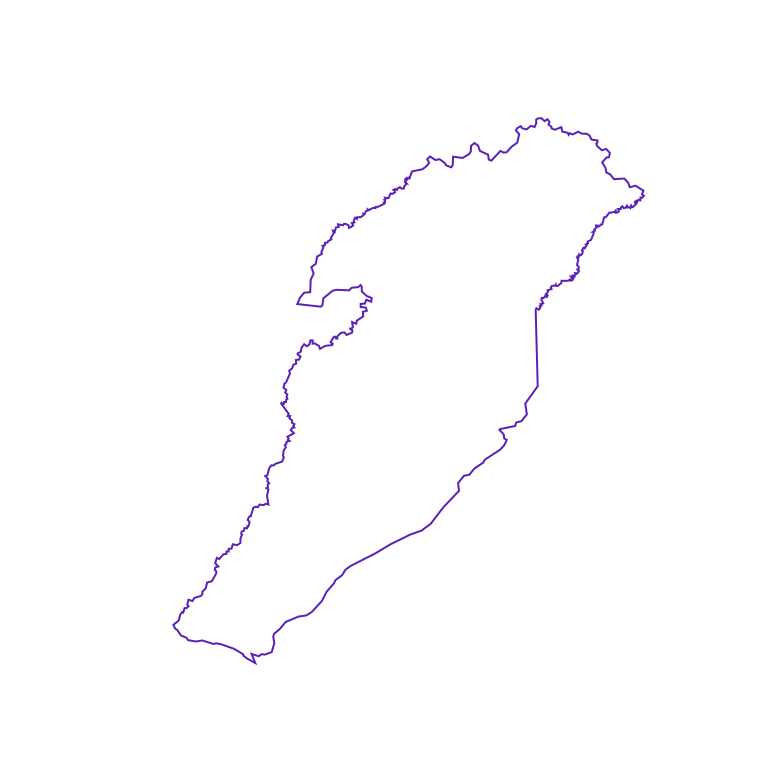 the district of Mporokoso, Northern, Zambia, rotated 127°
{"feature_id": "96606910B5671768599011", "entity_name": "Mporokoso", "entity_type": "district", "adm_level": 2, "iso_a3": "ZMB", "parent_name": "Zambia", "parent_adm1": "Northern", "projection": "orthographic", "projection_center": [29.924, -9.464], "detail": "fine", "context": "isolated", "style": "outline", "palette": "violet", "viewbox_px": 768, "rotation_deg": 127, "n_neighbors": 0, "source": "geoboundaries", "source_scale": "gbopen_adm2", "svg_char_len": 6098}
<svg xmlns="http://www.w3.org/2000/svg" viewBox="0 0 768 768"><g transform="rotate(127 384 384)"><path d="M73.5,293.2L74.3,302.5L78.9,306.1L76.3,310.1L75.3,315.7L82.0,323.6L80.4,329.9L81.3,333.7L78.2,337.1L75.7,343.1L69.0,342.6L67.5,340.8L63.5,342.7L62.6,348.1L66.2,350.6L65.7,356.8L64.4,359.0L62.4,358.9L61.0,360.1L63.9,365.5L62.0,369.1L62.0,372.4L65.0,376.7L65.6,380.7L71.1,383.5L71.9,386.5L73.9,386.5L72.8,388.6L75.1,393.4L72.2,397.0L78.1,400.5L79.0,403.9L77.8,405.2L77.8,408.8L75.1,409.6L74.2,412.8L77.4,413.9L77.0,418.3L79.3,420.9L81.2,421.6L84.3,419.3L88.1,418.4L89.4,422.0L94.8,423.4L96.6,427.4L95.8,430.0L99.4,431.6L102.1,431.3L103.1,426.4L111.1,422.8L117.6,424.9L125.1,425.5L127.2,427.8L127.8,431.3L141.1,432.7L141.7,435.4L138.2,438.9L140.1,447.6L137.0,452.3L137.1,456.7L141.3,457.8L146.0,454.7L148.9,454.3L156.1,457.2L160.9,465.6L168.0,460.8L170.5,460.7L172.0,466.3L171.0,467.8L171.0,474.9L174.2,477.7L174.6,484.2L178.5,484.8L180.1,481.1L183.8,481.1L189.2,482.4L197.4,489.6L204.5,487.4L204.6,488.8L206.8,488.7L206.2,490.0L208.1,490.2L208.7,488.8L209.7,489.0L210.2,486.7L210.6,487.5L211.1,486.5L214.4,486.8L215.8,485.8L217.4,487.4L217.2,489.7L220.2,491.1L221.1,490.5L221.9,492.7L223.3,493.3L223.1,491.8L224.5,490.5L227.4,492.0L227.9,493.4L232.8,492.3L234.4,494.9L234.6,493.9L236.6,494.7L237.2,493.1L238.5,492.4L239.2,493.3L240.0,492.3L246.4,495.6L247.6,497.3L248.6,496.7L250.2,498.9L254.2,500.7L254.3,502.0L255.0,501.2L256.6,502.4L259.8,501.8L260.5,503.1L261.4,502.0L264.4,502.8L267.3,506.0L268.4,505.0L268.8,507.2L272.0,506.2L272.8,504.9L274.8,506.5L275.8,504.1L278.7,504.9L280.4,506.0L278.6,507.9L279.2,511.0L280.2,512.3L281.7,512.1L284.2,516.8L285.7,514.7L287.9,516.6L291.1,515.3L292.1,516.9L292.6,515.3L293.0,516.0L293.7,514.9L299.4,514.4L300.1,513.0L303.7,514.6L305.0,514.2L306.7,516.1L308.5,514.7L310.6,516.3L311.3,514.6L316.3,513.4L317.5,511.9L322.4,514.1L329.1,510.8L334.3,512.4L338.1,506.7L344.8,505.3L355.1,498.2L359.1,502.7L365.5,503.1L372.3,501.3L360.3,481.0L358.2,480.6L352.0,484.0L340.3,481.1L337.2,478.4L330.2,468.2L326.5,467.7L322.2,462.9L319.1,462.3L319.4,460.7L323.5,457.3L324.1,450.7L322.7,445.6L326.0,443.7L327.3,448.8L331.3,447.7L334.1,450.8L336.6,448.9L333.9,444.5L335.8,441.8L339.0,444.3L342.5,441.3L349.7,443.8L352.6,442.5L353.7,446.7L357.3,443.1L359.4,443.2L360.5,445.1L360.2,441.5L362.1,440.4L367.4,443.4L366.6,446.7L369.1,449.2L374.6,450.0L375.7,448.6L376.5,449.6L375.7,451.8L377.0,452.4L382.8,451.8L382.7,449.2L384.1,448.8L388.9,453.9L394.4,456.3L392.7,459.0L393.3,463.8L394.8,465.3L392.1,467.2L393.4,469.0L397.4,467.4L400.3,468.3L400.3,471.7L405.0,471.6L408.3,469.9L411.7,471.3L412.5,470.6L412.2,467.2L415.5,466.5L417.9,468.8L420.6,466.4L423.2,468.0L426.8,466.8L430.5,467.7L432.0,465.5L441.4,463.2L443.6,463.7L447.5,462.0L447.6,458.5L450.2,457.8L450.5,454.9L453.0,454.0L453.9,452.2L455.4,452.7L457.4,451.4L458.5,453.0L460.1,452.0L461.1,452.7L460.7,454.5L461.5,454.4L465.2,442.1L467.6,441.6L466.1,439.6L468.2,439.1L468.5,435.3L470.3,434.2L470.0,431.4L472.0,431.2L472.7,429.5L474.1,430.9L476.9,430.7L477.5,426.3L484.3,429.4L484.9,427.4L486.4,427.2L486.3,425.2L489.0,427.0L490.7,425.9L492.5,426.4L493.6,424.3L497.3,424.2L502.2,421.4L502.9,419.8L507.3,418.7L513.3,422.8L515.1,422.9L516.8,425.0L520.0,425.1L527.0,422.3L528.9,423.5L529.7,419.6L532.0,418.5L532.3,416.0L534.4,416.3L536.4,414.5L537.9,415.2L537.7,412.9L543.6,410.2L549.8,403.8L550.7,406.3L553.2,407.3L555.2,410.8L558.3,410.6L559.0,412.4L561.4,413.9L569.9,410.8L570.4,411.7L573.0,411.6L574.7,410.8L575.1,408.3L579.5,406.6L580.0,407.5L581.7,406.6L583.1,408.8L585.7,407.6L587.4,408.9L589.5,408.0L589.7,406.7L593.3,405.9L597.4,403.0L601.1,404.3L603.0,408.3L607.3,406.7L609.2,408.8L611.2,407.3L612.6,409.0L614.5,407.6L616.7,409.8L623.0,410.3L623.4,412.8L628.6,411.1L629.5,406.5L632.0,408.3L634.2,407.4L634.6,405.0L636.5,404.0L645.1,402.8L649.0,405.8L654.5,403.4L659.2,404.1L660.7,402.7L663.2,402.6L669.1,406.8L672.6,406.3L673.9,410.3L678.5,408.4L679.0,406.4L681.9,406.9L683.0,408.4L687.3,406.8L687.5,408.0L691.2,407.8L696.3,405.6L703.1,407.3L705.1,403.3L704.8,401.3L707.0,394.7L705.5,388.9L706.5,386.3L702.8,379.2L698.2,374.8L694.2,363.6L692.0,361.9L689.8,357.2L685.8,344.6L684.6,333.8L685.6,332.7L685.6,327.4L684.3,318.9L679.3,327.3L676.8,320.2L673.3,319.1L672.0,316.5L665.8,312.3L657.0,315.6L652.5,320.4L649.5,321.5L642.7,319.8L633.2,319.3L621.3,312.4L615.5,306.7L609.2,304.4L594.4,303.0L584.4,304.8L573.3,304.0L569.6,304.7L561.8,302.4L555.4,303.0L549.0,301.0L524.3,288.9L508.0,282.3L488.4,272.4L478.7,265.9L467.6,262.6L446.8,262.4L424.2,259.8L418.6,265.2L409.1,264.9L405.2,261.3L397.0,260.9L386.9,257.4L383.9,258.0L366.4,251.7L360.6,251.1L354.8,252.3L355.1,255.2L352.1,258.3L351.2,264.2L350.3,264.3L338.5,253.9L335.3,255.3L331.0,251.9L322.3,251.6L314.7,259.4L293.3,259.9L233.6,307.4L231.8,307.9L231.6,305.1L229.4,304.9L228.3,306.5L226.8,305.4L226.1,307.1L223.8,305.3L221.8,309.2L220.3,309.8L219.6,308.3L217.2,308.2L216.9,307.3L216.0,308.0L216.2,306.4L214.7,306.7L215.0,308.6L211.3,308.6L210.6,309.8L207.4,307.3L206.5,308.9L204.6,308.9L202.4,306.6L201.2,306.7L202.1,305.6L201.1,304.2L196.6,303.2L194.7,304.3L190.7,299.0L188.6,298.4L189.2,296.9L187.0,295.9L185.8,299.1L185.1,297.0L184.1,298.5L183.3,296.5L182.0,297.6L180.9,296.9L180.3,298.0L179.5,296.2L176.5,296.2L176.2,298.5L174.9,297.9L173.3,298.9L172.7,301.6L168.0,303.5L166.8,305.9L166.0,305.0L165.4,306.2L164.3,305.3L163.0,306.2L162.8,304.4L161.0,303.9L158.1,305.3L158.2,306.3L155.9,306.7L154.9,305.4L154.5,306.2L153.1,305.4L151.0,305.7L150.9,306.8L148.9,305.7L147.8,307.1L144.2,305.4L137.7,307.1L136.5,307.9L136.9,308.7L134.6,307.8L134.2,309.0L131.3,308.6L130.1,309.8L129.8,308.3L129.1,309.0L128.1,306.9L126.2,306.9L125.3,305.7L118.4,308.5L117.1,307.2L111.7,307.2L108.1,303.5L106.0,303.3L107.6,301.8L105.8,300.4L104.4,300.5L103.3,302.3L101.7,300.2L100.3,301.1L98.6,300.6L99.3,298.3L97.8,297.1L95.5,297.3L96.4,295.7L95.3,295.1L95.3,293.1L92.7,294.0L93.4,292.1L92.6,291.6L88.9,291.1L87.7,293.3L85.9,292.7L86.7,291.3L83.8,291.7L83.0,289.8L80.7,291.4L79.9,289.9L77.3,289.7L77.3,292.1L73.5,293.2Z" fill="none" stroke="#5b21b6" stroke-width="2"/></g></svg>